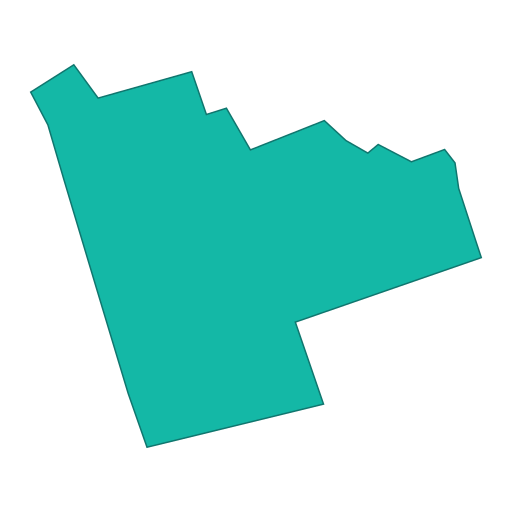 the district of Rupea, Brasov, Romania
{"feature_id": "2599482B289507895873", "entity_name": "Rupea", "entity_type": "district", "adm_level": 2, "iso_a3": "ROU", "parent_name": "Romania", "parent_adm1": "Brasov", "projection": "albers", "projection_center": [25.263, 46.025], "detail": "fine", "context": "isolated", "style": "filled", "palette": "teal", "viewbox_px": 512, "rotation_deg": 0, "n_neighbors": 0, "source": "geoboundaries", "source_scale": "gbopen_adm2", "svg_char_len": 432}
<svg xmlns="http://www.w3.org/2000/svg" viewBox="0 0 512 512"><path d="M73.8,64.8L30.7,92.1L47.9,124.9L63.7,178.9L96.0,286.7L128.2,393.5L147.0,447.2L323.5,404.1L295.3,322.1L322.4,312.7L481.3,257.6L475.6,240.4L458.7,188.5L455.0,162.9L444.6,149.5L411.4,161.8L378.2,144.5L367.8,153.1L346.0,140.6L324.3,120.6L250.4,149.9L226.4,108.2L206.4,114.5L191.7,71.7L98.1,98.1L73.8,64.8Z" fill="#14b8a6" stroke="#0f766e" stroke-width="1.5"/></svg>